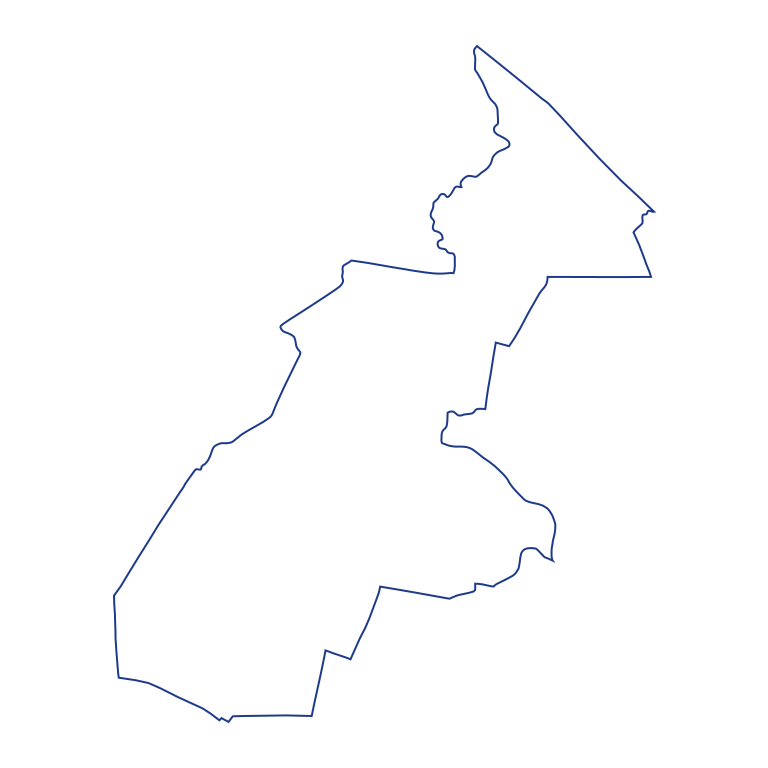 Kien Tuong, Long An, Vietnam
{"feature_id": "81297802B15581259777878", "entity_name": "Kien Tuong", "entity_type": "district", "adm_level": 2, "iso_a3": "VNM", "parent_name": "Vietnam", "parent_adm1": "Long An", "projection": "mercator", "projection_center": [105.93, 10.802], "detail": "fine", "context": "isolated", "style": "outline", "palette": "blue", "viewbox_px": 768, "rotation_deg": 0, "n_neighbors": 0, "source": "geoboundaries", "source_scale": "gbopen_adm2", "svg_char_len": 6105}
<svg xmlns="http://www.w3.org/2000/svg" viewBox="0 0 768 768"><path d="M654.0,211.7L638.3,196.5L620.9,180.4L599.9,159.1L577.5,135.1L560.0,115.7L549.0,104.1L546.4,101.8L542.5,99.1L516.3,77.6L492.6,58.5L477.0,46.1L475.3,48.0L474.5,49.1L474.1,50.4L474.0,51.4L474.3,54.1L474.8,55.2L475.1,56.6L475.3,58.4L475.0,68.0L475.0,69.1L475.6,70.7L477.7,73.7L480.0,77.6L482.5,82.1L485.9,89.7L487.4,93.4L488.8,96.4L490.1,98.5L491.3,100.1L492.7,101.5L494.6,103.4L495.2,104.0L495.9,105.3L497.0,107.5L497.4,109.1L497.6,111.7L498.0,119.5L498.0,123.2L497.8,123.8L497.4,124.4L496.5,125.1L495.4,126.0L494.7,126.8L494.2,127.8L494.0,129.7L494.2,130.9L494.6,132.1L495.5,133.0L496.9,134.3L503.6,137.8L506.3,139.5L507.5,140.5L508.3,141.2L508.8,141.9L509.3,143.2L509.5,144.1L509.4,144.9L509.2,145.6L508.8,146.4L508.1,147.0L504.3,149.1L500.1,150.8L497.3,152.3L494.4,155.0L493.3,156.5L492.6,157.8L491.4,162.0L490.8,163.5L489.6,165.5L487.6,168.0L485.2,170.1L481.4,172.7L479.3,174.5L477.2,176.2L476.4,176.6L475.4,176.8L473.9,176.6L471.9,176.2L469.5,175.9L468.4,175.9L467.1,176.3L465.7,177.0L463.7,178.5L461.2,181.4L460.9,182.4L460.6,183.4L460.6,184.6L460.8,185.5L461.1,186.5L461.5,187.1L461.3,187.2L460.5,187.2L457.7,186.6L456.7,186.6L455.9,186.8L455.1,187.4L454.5,188.0L452.9,190.9L451.3,193.6L449.8,195.4L448.7,196.5L448.1,196.9L447.5,197.0L446.8,196.8L445.9,196.0L445.4,195.2L444.7,194.5L443.4,194.0L442.2,194.0L441.1,194.3L440.1,195.1L439.4,196.1L438.6,197.6L437.7,198.9L435.3,201.1L434.5,201.7L433.7,202.6L433.4,203.7L433.3,206.4L432.9,208.4L432.1,210.5L431.3,211.9L430.7,214.3L430.7,215.7L431.0,216.9L431.9,218.3L432.9,219.4L433.7,220.5L434.0,221.4L434.1,222.3L433.2,225.2L432.9,226.5L432.8,227.7L432.9,228.6L433.5,229.7L434.4,230.7L435.5,231.1L436.7,231.4L438.6,232.1L439.9,232.9L441.3,234.2L441.8,235.1L442.2,236.3L442.6,237.9L442.6,238.7L442.6,239.0L442.4,239.2L441.7,239.7L440.2,240.3L439.0,240.8L437.9,242.1L437.6,243.7L437.8,245.4L438.6,247.2L440.0,248.2L441.6,248.6L444.0,248.9L445.0,249.2L445.6,249.5L446.0,249.9L446.6,250.7L447.2,251.7L448.2,252.6L449.6,253.1L451.3,253.3L452.5,253.3L453.0,253.5L453.6,254.0L454.2,255.1L454.8,256.7L454.8,266.3L454.4,270.2L453.5,273.2L450.9,272.9L448.6,273.2L445.6,273.4L442.4,273.6L437.7,273.6L433.6,273.4L424.8,272.4L410.9,270.3L404.7,269.2L392.4,267.2L368.3,263.0L351.4,260.5L349.3,262.1L346.3,263.9L344.0,265.2L343.1,266.2L342.7,267.3L342.5,269.0L342.8,271.1L342.7,273.4L342.3,275.0L342.1,276.8L343.0,279.9L343.0,281.5L342.4,283.1L341.1,285.1L339.5,286.7L335.5,289.6L330.5,293.0L310.9,305.9L290.3,319.1L283.4,323.7L281.1,325.6L280.5,326.5L280.5,327.4L280.9,328.5L281.9,330.0L282.9,331.0L284.3,331.9L287.2,332.9L290.6,334.4L292.8,335.8L294.0,336.8L294.6,338.2L295.3,340.5L296.3,346.1L297.0,347.7L298.0,349.4L299.3,350.8L300.0,351.9L300.3,352.6L300.2,353.8L300.0,354.5L299.3,356.2L297.5,359.6L291.2,372.5L284.2,386.9L277.7,401.1L275.2,406.9L272.7,413.3L271.6,415.5L270.5,416.8L268.9,418.1L263.4,421.8L246.5,431.5L242.2,434.2L240.1,435.7L238.2,437.4L237.0,438.2L235.4,439.5L233.9,440.8L232.1,442.0L231.1,442.4L229.2,442.9L226.4,443.2L221.5,443.2L219.7,443.6L216.9,444.8L215.2,445.8L213.8,447.0L213.3,447.8L212.0,450.6L211.0,453.8L210.1,456.1L208.2,460.1L206.8,462.0L205.0,464.0L203.2,465.0L201.9,466.3L201.5,466.9L201.2,468.8L200.8,469.4L200.4,469.6L199.9,469.6L199.1,469.6L198.2,469.4L196.4,469.2L195.8,469.4L195.3,469.8L193.4,472.3L190.8,476.0L188.3,479.4L184.8,484.5L183.9,486.4L182.5,488.6L180.3,491.7L158.8,524.4L148.7,540.9L138.3,557.4L128.3,573.7L121.0,585.9L114.0,595.7L114.2,601.4L114.2,603.5L114.9,613.8L115.5,632.5L115.5,637.9L116.4,651.4L118.2,673.9L118.8,677.7L135.5,680.2L148.4,683.0L160.0,688.1L177.9,697.1L202.6,708.4L211.0,713.9L219.4,720.3L221.5,718.1L228.5,721.9L232.8,716.3L243.1,716.0L286.3,715.4L311.7,716.0L314.1,704.3L320.3,676.1L324.0,658.4L325.5,650.4L334.5,653.7L345.6,657.4L350.5,659.3L360.1,637.8L365.0,628.4L369.3,618.5L377.4,596.7L378.9,592.4L380.2,586.6L397.5,589.5L414.2,592.4L449.4,598.7L451.2,597.9L456.3,595.8L459.2,594.9L468.7,592.9L472.2,591.9L473.9,591.3L474.6,590.6L475.0,590.0L475.2,588.2L475.2,583.7L479.0,583.9L482.6,584.4L486.2,585.2L491.6,586.3L492.7,586.5L493.8,586.4L495.3,584.9L496.7,584.0L507.5,578.6L512.1,576.1L513.8,574.9L515.1,573.8L516.4,572.0L518.4,568.9L519.0,566.7L520.1,559.5L520.3,557.4L521.3,553.1L522.4,551.3L524.1,549.6L526.4,548.6L527.9,548.3L530.4,548.1L534.2,548.3L536.0,548.7L537.6,549.9L544.4,557.0L545.2,557.5L546.3,557.8L547.8,558.4L552.6,560.6L552.4,560.3L552.1,559.3L551.6,556.8L551.5,552.9L551.7,548.3L552.3,545.2L552.9,540.9L554.5,534.2L555.0,531.0L555.3,528.3L555.3,524.6L554.9,522.7L554.2,520.4L552.3,515.4L549.6,511.0L548.1,509.2L546.6,507.9L543.0,505.7L538.8,504.2L531.0,502.5L528.2,501.6L526.1,500.8L524.3,499.6L520.0,495.3L514.2,489.2L512.4,487.0L510.6,484.6L509.6,483.2L507.9,480.0L506.6,478.1L504.6,475.7L501.8,472.8L498.3,469.4L494.3,465.7L489.1,461.7L482.7,457.3L477.8,453.3L475.0,451.2L472.2,449.2L469.4,447.9L467.1,447.2L464.2,446.8L461.6,446.6L456.4,446.6L454.0,446.5L451.3,446.1L448.5,445.5L442.2,443.2L441.8,442.4L441.5,441.3L441.4,440.4L441.6,434.7L441.9,433.0L442.4,431.4L443.0,430.5L444.0,429.4L445.5,428.0L446.4,426.6L446.9,424.7L447.3,421.6L447.6,412.7L449.8,411.7L451.0,411.5L453.0,411.5L453.8,411.9L455.0,412.8L457.2,414.7L458.1,415.3L458.9,415.5L460.3,415.6L461.7,415.3L463.8,414.6L465.7,414.3L468.9,414.0L471.2,413.6L472.7,413.1L474.0,412.0L475.0,410.7L475.7,409.9L476.4,409.4L477.2,409.1L478.7,408.8L482.2,408.8L485.3,409.1L486.6,398.9L487.0,395.9L488.2,388.1L490.1,377.2L490.6,374.5L493.6,355.3L495.8,342.6L509.1,346.2L514.5,338.1L520.4,328.0L527.8,313.9L539.5,293.3L541.7,290.4L544.4,287.2L546.0,284.8L546.9,282.4L547.3,280.2L547.5,278.7L547.6,276.9L620.3,277.1L651.0,276.9L650.5,275.1L648.9,270.5L646.3,264.2L643.2,255.5L639.1,244.8L633.5,232.3L635.9,229.4L637.4,228.0L641.6,224.2L642.2,223.5L642.5,222.8L642.6,221.8L642.6,220.8L642.3,216.9L642.6,215.5L642.9,215.0L643.5,214.6L645.8,214.4L646.4,214.1L646.8,213.8L647.1,213.3L647.4,212.2L647.8,211.3L648.1,211.1L648.7,210.8L649.4,210.8L650.6,211.0L652.2,211.7L652.8,211.8L654.0,211.7Z" fill="none" stroke="#1e3a8a" stroke-width="2"/></svg>